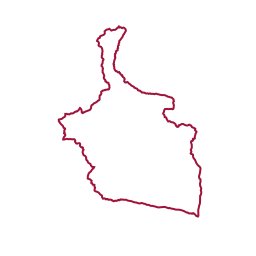 Cubará, Boyacá, Colombia, rotated 78°
{"feature_id": "7082276B20538039058858", "entity_name": "Cubará", "entity_type": "district", "adm_level": 2, "iso_a3": "COL", "parent_name": "Colombia", "parent_adm1": "Boyacá", "projection": "orthographic", "projection_center": [-72.252, 6.875], "detail": "fine", "context": "isolated", "style": "outline", "palette": "rose", "viewbox_px": 256, "rotation_deg": 78, "n_neighbors": 0, "source": "geoboundaries", "source_scale": "gbopen_adm2", "svg_char_len": 5834}
<svg xmlns="http://www.w3.org/2000/svg" viewBox="0 0 256 256"><g transform="rotate(78 128 128)"><path d="M193.3,67.8L192.3,68.6L191.8,68.7L190.1,68.6L187.2,67.1L182.8,65.5L182.0,65.5L180.7,66.0L179.4,67.1L177.0,68.3L173.0,69.1L171.2,70.1L169.8,70.3L167.6,70.0L167.1,70.4L166.5,71.7L165.9,72.0L164.3,70.9L162.3,71.1L161.1,70.0L160.5,69.7L157.6,69.1L156.0,69.3L154.6,69.3L154.0,68.7L154.0,67.5L153.7,67.0L153.2,66.7L152.4,66.9L152.1,66.7L152.3,65.2L152.1,64.8L150.7,64.6L147.6,63.1L146.1,61.8L145.5,61.9L144.4,62.8L143.8,62.9L143.3,62.8L143.0,62.4L142.8,62.3L141.7,63.3L140.9,64.7L140.5,65.2L138.8,65.7L138.5,66.4L137.6,67.0L137.5,67.7L137.9,69.1L137.8,70.1L136.6,72.1L135.8,72.9L135.4,73.6L135.3,74.5L135.8,76.3L135.9,77.8L136.1,78.0L136.6,77.9L137.0,78.2L137.3,79.0L137.1,79.7L135.7,80.6L134.2,80.7L132.7,81.8L131.8,82.9L131.5,84.1L130.8,85.1L130.0,85.7L130.0,87.2L129.9,87.4L127.3,88.3L125.9,88.4L125.4,88.8L125.0,89.8L123.0,89.7L122.0,90.4L121.1,90.6L119.7,89.5L118.6,89.1L117.2,88.1L117.4,85.9L117.9,84.8L118.2,82.8L118.2,81.9L118.9,80.5L118.8,79.9L118.3,79.4L115.3,78.4L112.7,78.6L111.9,78.2L111.4,77.5L110.7,77.7L109.5,77.5L107.4,78.8L106.6,80.6L106.0,81.4L105.8,82.3L104.1,84.3L103.3,85.9L102.9,87.9L102.1,89.9L101.3,91.3L101.1,92.0L100.4,93.1L100.2,93.7L100.4,95.3L99.9,95.9L99.4,98.5L98.8,99.1L98.8,100.8L98.2,101.5L98.1,102.8L97.8,103.4L97.4,104.1L96.9,104.5L96.1,107.1L95.2,107.5L94.8,108.2L94.1,108.4L93.2,110.4L92.3,110.5L91.4,111.1L90.0,113.3L89.2,113.5L88.1,114.7L87.2,115.9L85.8,116.7L84.7,117.9L83.9,118.2L83.0,118.9L82.8,119.3L83.1,120.5L82.7,121.5L81.5,122.0L81.0,121.7L80.4,121.7L79.6,121.1L79.0,121.1L78.3,121.3L77.2,122.3L76.5,122.4L75.8,123.0L75.2,122.7L74.6,123.2L74.3,123.9L73.3,124.4L72.8,124.3L72.3,124.5L72.0,125.1L71.5,125.1L71.6,125.8L71.4,126.3L70.0,127.3L70.0,127.9L69.8,128.1L68.9,128.6L67.6,128.9L67.2,129.1L65.1,128.7L64.2,129.0L63.0,128.4L62.3,128.9L61.4,128.3L58.6,127.1L57.3,126.1L57.0,126.1L56.3,125.7L55.4,126.0L54.9,125.6L53.9,125.7L53.3,125.2L52.7,125.2L52.4,124.5L51.2,124.0L50.4,123.9L49.9,122.1L49.7,121.9L48.5,121.9L47.7,121.0L47.0,121.2L45.4,120.5L45.0,119.8L43.6,119.6L42.6,118.7L41.8,118.7L40.9,118.3L40.4,117.4L37.7,114.4L35.6,113.0L35.3,112.3L34.7,111.9L32.5,109.9L31.6,109.8L30.6,110.0L29.2,111.0L28.9,111.5L28.8,112.1L29.1,113.0L27.8,114.4L27.8,114.8L28.0,115.4L27.9,115.7L26.9,115.9L27.3,116.4L27.7,117.3L28.8,118.9L29.3,120.2L29.0,121.8L29.2,124.1L27.1,125.6L27.4,126.9L27.3,128.0L27.8,129.5L28.6,130.8L30.6,131.0L31.4,131.6L31.8,132.5L32.2,134.8L32.2,135.7L32.7,136.3L34.0,136.9L34.0,138.2L35.8,139.9L36.4,140.2L36.8,139.6L38.0,138.9L38.6,138.8L39.4,138.8L40.7,139.6L41.5,139.5L42.2,138.9L42.4,138.4L43.0,137.6L43.5,137.3L44.1,137.0L45.5,136.8L48.0,137.0L49.5,137.8L50.7,137.8L51.6,138.5L53.5,139.0L54.1,138.8L55.1,138.0L55.9,137.7L57.2,138.8L59.5,139.5L60.9,140.8L61.7,141.0L62.6,140.4L64.1,140.3L64.8,140.1L65.9,140.8L67.1,140.9L68.1,141.3L69.1,140.9L71.6,140.4L72.5,140.5L73.0,141.0L73.9,141.3L75.0,141.1L76.0,140.3L77.7,140.4L77.9,139.7L79.0,139.4L79.7,137.8L81.4,137.8L82.3,137.3L83.3,137.6L84.7,137.7L86.1,138.6L86.3,139.1L86.0,139.7L86.1,141.0L85.9,141.6L86.2,142.3L86.0,142.9L86.3,144.1L86.1,144.7L87.0,146.7L88.8,146.9L89.9,147.8L90.0,148.3L90.7,149.1L94.3,149.9L94.7,150.3L95.0,151.5L96.1,153.4L96.5,154.6L96.8,156.3L97.8,157.6L98.1,158.7L99.1,159.5L100.8,160.0L102.2,161.2L102.6,162.6L103.0,165.7L103.8,168.6L103.5,168.6L103.7,169.6L103.0,170.0L102.1,169.8L100.3,169.8L98.7,170.5L98.4,170.8L100.2,172.6L101.1,174.1L101.2,174.5L100.9,175.0L101.2,175.4L101.2,176.6L101.8,177.6L102.2,178.8L102.2,179.9L101.9,180.3L101.9,181.0L102.5,182.6L102.2,183.4L102.0,183.6L101.8,184.6L101.3,185.3L101.4,185.8L101.2,186.4L103.0,186.8L104.0,187.7L104.3,189.0L105.2,190.6L105.4,192.1L105.3,193.8L105.4,194.0L106.6,194.2L107.6,194.1L108.1,193.6L109.7,193.1L112.4,191.3L114.5,190.9L115.1,189.9L115.6,189.7L116.1,189.8L116.7,190.5L117.7,191.1L118.9,190.9L119.7,191.7L120.0,191.7L121.0,190.7L122.4,191.0L123.4,192.4L125.4,193.8L125.8,193.8L126.0,193.0L125.9,190.0L126.7,188.2L126.8,186.9L127.6,184.4L127.7,183.1L128.3,182.5L129.2,182.2L130.4,182.7L131.2,182.2L132.2,182.0L132.7,181.1L132.6,180.1L132.7,178.9L133.1,178.3L133.8,178.1L135.2,178.7L136.0,178.5L137.1,177.7L137.5,176.5L137.8,176.2L138.6,176.6L140.1,176.0L141.0,177.0L142.5,177.5L145.3,177.1L146.4,175.7L147.8,175.1L148.7,175.1L149.5,175.4L150.9,175.2L151.5,174.5L152.8,174.4L153.9,173.9L155.3,172.3L157.0,172.0L158.4,171.3L159.2,169.2L159.9,169.7L161.2,171.8L162.8,173.4L163.6,175.0L164.4,176.0L165.8,176.7L166.4,177.2L169.1,177.9L170.6,175.5L171.5,175.0L171.9,174.6L173.9,175.3L174.0,174.9L174.3,174.7L176.1,174.3L176.6,172.7L177.4,172.9L178.9,172.9L179.4,172.6L181.5,173.6L182.4,173.7L183.2,172.9L184.3,171.0L185.6,169.8L187.1,169.1L188.6,167.6L189.0,167.5L190.2,167.8L192.0,167.1L191.9,165.9L192.4,164.9L193.1,164.7L193.2,164.3L193.0,163.9L193.1,163.0L193.3,162.6L193.8,162.5L194.1,162.0L194.3,161.5L194.2,160.7L194.4,159.9L194.8,159.3L195.3,159.1L195.5,158.3L196.2,157.9L196.7,157.2L196.4,155.6L196.9,154.7L196.7,154.0L196.8,153.3L196.3,152.5L196.9,151.6L196.3,150.3L196.8,149.7L196.6,148.7L197.4,146.9L197.8,144.7L198.9,143.4L200.4,139.7L202.0,137.3L202.6,135.4L203.9,133.3L204.3,132.0L204.1,130.5L204.7,129.2L205.2,128.5L205.9,126.8L207.0,125.7L207.5,123.7L208.8,122.1L209.3,120.2L210.7,117.3L211.7,115.6L212.1,114.4L212.7,109.0L213.0,108.1L214.9,105.0L214.8,104.2L216.1,101.9L216.3,101.0L217.8,98.1L218.5,95.0L219.6,92.6L221.0,90.4L222.9,88.2L223.1,87.1L224.0,86.4L224.3,85.9L224.7,83.8L225.2,83.2L225.2,82.8L224.8,82.1L225.0,81.6L226.0,80.9L226.7,80.2L227.9,79.7L228.7,78.8L229.1,78.0L228.5,77.4L223.0,76.4L218.5,74.4L216.9,73.4L215.2,72.9L209.2,71.5L208.3,70.5L206.9,69.9L205.7,69.6L204.1,69.8L202.8,69.0L201.7,69.0L199.6,69.4L197.5,69.2L195.5,68.2L193.3,67.8Z" fill="none" stroke="#9f1239" stroke-width="2"/></g></svg>